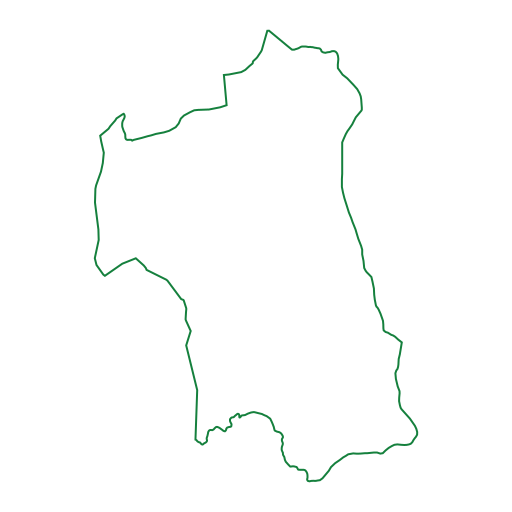 the district of Kota Kotamobagu, Sulawesi Utara, Indonesia
{"feature_id": "22746128B93986330379000", "entity_name": "Kota Kotamobagu", "entity_type": "district", "adm_level": 2, "iso_a3": "IDN", "parent_name": "Indonesia", "parent_adm1": "Sulawesi Utara", "projection": "equal_earth", "projection_center": [124.319, 0.711], "detail": "fine", "context": "isolated", "style": "outline", "palette": "green", "viewbox_px": 512, "rotation_deg": 0, "n_neighbors": 0, "source": "geoboundaries", "source_scale": "gbopen_adm2", "svg_char_len": 6012}
<svg xmlns="http://www.w3.org/2000/svg" viewBox="0 0 512 512"><path d="M319.9,480.2L322.5,478.3L328.8,470.8L331.0,467.1L335.1,463.2L339.8,460.0L343.3,457.3L345.8,455.9L348.2,454.3L353.2,453.4L357.1,453.7L360.2,453.6L365.0,453.2L367.2,453.2L374.2,452.5L377.0,452.5L380.3,453.6L382.8,453.2L385.5,450.5L388.7,447.9L391.9,446.0L394.4,444.8L397.3,444.4L401.2,444.8L404.3,445.0L406.4,444.9L408.7,444.5L410.7,443.8L412.3,442.2L413.5,440.0L414.7,438.3L416.0,436.7L417.1,434.7L417.2,432.0L416.3,428.8L414.9,425.8L409.9,418.6L401.5,409.2L400.6,407.7L399.9,405.2L399.1,401.2L399.2,397.6L399.6,393.3L399.5,391.1L397.7,386.4L395.9,378.9L395.4,373.2L396.3,370.5L397.5,368.9L398.1,366.7L398.4,364.6L398.7,359.0L399.8,354.5L401.8,342.4L398.1,339.5L395.2,336.8L393.2,335.5L391.2,334.8L387.9,332.7L385.6,332.0L383.7,330.4L383.4,328.4L383.3,324.4L383.0,320.9L382.3,318.8L380.5,313.7L378.7,309.7L377.8,308.1L377.0,307.1L376.5,306.7L375.9,305.3L374.8,299.7L374.2,294.8L373.9,288.5L372.5,281.7L371.4,277.0L368.9,274.4L366.7,272.2L365.6,270.7L364.2,268.0L363.5,260.9L362.2,254.5L362.2,249.7L361.1,245.9L358.3,238.8L356.7,233.5L355.5,229.4L352.5,221.9L351.1,217.8L348.9,212.5L346.9,206.1L344.4,198.2L343.0,192.6L341.9,187.0L341.9,179.1L342.2,173.9L342.2,142.4L343.8,138.6L345.8,134.1L347.5,131.1L349.4,128.5L352.2,124.4L353.9,121.0L355.8,117.3L361.5,110.5L361.8,109.6L361.8,107.5L361.6,105.0L361.2,99.4L360.7,96.3L359.6,93.4L357.2,89.1L353.4,84.8L347.2,78.3L342.6,74.7L337.9,68.2L337.8,64.8L338.3,59.7L338.3,58.6L338.0,56.0L337.2,53.6L336.5,52.6L335.6,51.7L334.4,51.2L333.1,51.1L331.5,51.3L330.8,51.7L329.3,52.1L328.0,52.2L326.5,52.5L325.5,52.8L324.8,52.7L323.2,52.4L322.3,51.9L321.6,51.4L321.3,50.6L321.0,49.8L320.3,49.0L319.7,48.5L318.9,48.3L317.0,48.1L316.2,47.9L315.5,47.8L314.7,47.7L313.6,47.4L312.2,47.1L311.3,47.1L310.2,46.9L308.9,47.0L308.3,47.0L306.2,46.6L305.0,46.5L302.2,46.5L301.0,46.8L298.5,48.2L297.2,48.7L295.5,49.2L294.5,49.6L293.8,49.7L292.2,49.7L291.9,49.6L287.0,45.6L269.0,30.7L267.3,30.8L261.8,50.1L261.1,51.5L257.2,57.3L256.1,58.5L253.7,60.7L253.2,61.2L252.9,61.8L252.8,62.4L252.8,63.0L252.6,63.4L252.3,63.7L249.5,66.0L245.3,69.9L241.2,72.1L228.9,74.5L223.9,75.0L226.6,105.2L220.2,107.3L209.0,109.5L198.1,109.9L194.2,110.3L190.1,112.2L184.0,115.5L180.8,118.6L178.7,123.5L175.7,127.2L169.2,130.8L163.9,132.4L156.0,133.9L151.1,135.4L147.7,136.2L141.8,137.9L133.7,139.9L132.2,140.6L132.0,140.3L131.6,140.0L130.9,139.8L130.3,139.8L129.6,139.8L128.9,139.8L127.5,139.9L126.8,139.7L126.5,139.6L126.0,139.2L125.7,138.7L125.4,138.0L125.4,137.5L125.3,136.3L125.3,135.2L125.2,134.3L124.8,133.1L123.8,131.2L123.4,130.1L122.4,127.2L122.3,126.7L122.2,126.0L122.2,125.1L122.2,124.4L122.2,123.5L122.4,122.3L122.7,121.2L122.9,120.8L123.9,118.9L124.4,117.8L124.7,116.6L124.6,115.6L124.3,114.7L123.8,113.9L123.7,113.8L122.6,114.3L116.5,118.4L115.2,120.5L110.3,126.1L108.5,128.8L100.2,135.7L101.2,141.4L102.6,147.6L103.8,152.7L102.8,163.1L101.0,171.6L96.1,185.4L95.4,188.8L95.0,202.6L98.4,229.5L98.7,240.0L94.8,258.2L96.5,265.0L103.3,274.6L104.9,275.8L122.3,263.7L135.8,258.3L143.8,265.5L145.8,268.0L146.6,269.9L166.3,279.7L167.5,280.7L181.2,299.1L183.3,299.9L183.6,300.2L183.8,300.6L186.2,308.1L186.3,309.0L186.0,312.3L185.6,319.3L185.9,320.4L190.7,331.0L186.2,345.4L197.2,390.1L195.5,438.7L195.5,439.6L195.8,439.7L196.1,439.9L196.4,440.1L196.7,440.4L197.2,441.1L197.6,441.5L198.7,442.1L199.1,442.3L199.8,442.4L200.1,442.6L200.6,443.2L201.3,444.0L201.6,444.2L201.9,444.4L202.2,444.5L202.6,444.5L202.9,444.4L203.3,444.1L203.8,443.6L204.0,443.4L205.2,442.8L206.0,442.3L206.4,441.9L206.7,441.5L206.9,441.1L207.0,440.8L207.0,440.3L206.7,438.9L206.7,438.3L206.8,437.8L206.9,437.3L207.1,436.9L207.4,436.0L207.7,434.7L208.0,433.4L208.1,432.5L208.4,431.6L209.0,430.7L209.5,430.3L209.9,430.1L210.4,430.0L211.3,430.0L211.7,430.1L212.4,430.1L213.0,429.8L213.8,429.3L214.4,428.5L215.6,427.4L216.2,427.0L216.8,426.9L217.6,427.0L218.4,427.4L218.7,427.5L219.5,427.9L219.9,428.2L222.4,430.0L223.2,430.7L224.0,431.1L224.9,431.3L225.5,430.8L225.9,430.2L226.2,429.6L226.3,428.7L226.6,428.3L227.2,427.6L228.3,427.2L229.1,427.0L229.8,426.9L230.5,426.8L231.2,426.4L231.4,425.4L231.5,424.9L231.5,424.5L231.4,423.9L231.0,423.2L230.4,422.1L230.0,420.9L230.0,420.3L230.0,419.8L230.0,419.4L230.3,418.8L230.7,418.4L231.1,417.9L231.7,417.5L232.2,417.4L233.1,417.3L233.7,417.1L234.2,416.7L234.9,415.9L236.2,414.9L237.1,414.1L237.5,413.9L237.9,413.8L238.3,413.9L238.6,414.0L238.9,414.3L239.1,414.6L239.2,415.1L239.3,415.6L239.3,417.0L239.5,417.4L239.8,417.5L240.0,417.4L240.4,417.1L241.2,416.0L241.6,415.6L241.9,415.5L242.3,415.4L244.8,415.1L245.4,414.9L247.7,413.7L249.9,412.9L251.1,412.5L253.5,412.1L254.6,412.2L259.0,413.3L261.9,414.0L262.5,414.3L263.9,415.0L264.8,415.4L266.6,416.1L269.8,418.4L270.2,418.7L270.4,419.1L271.1,420.5L271.8,422.0L272.4,423.4L272.7,424.1L272.9,424.6L273.8,427.0L274.0,428.0L274.3,429.1L274.4,429.6L274.7,430.4L275.0,430.7L276.9,431.6L277.7,431.8L278.6,432.0L279.0,432.1L279.5,432.3L280.4,432.8L280.8,433.2L281.3,433.6L281.5,433.9L282.4,435.3L282.7,435.9L282.9,436.6L282.9,437.1L282.9,437.4L282.7,437.8L282.3,438.4L282.0,439.0L281.9,439.3L281.9,439.6L281.9,439.9L281.9,440.6L282.0,441.0L282.2,441.5L282.6,442.5L282.7,442.8L282.8,443.4L282.8,444.1L282.7,444.5L282.5,445.2L282.1,446.2L281.9,446.8L281.9,447.1L281.7,447.9L281.7,449.1L281.7,449.6L281.7,449.9L281.8,450.3L282.0,450.8L282.7,452.4L282.9,452.8L282.9,453.1L283.0,454.5L283.1,454.9L283.2,455.1L284.3,457.0L284.5,457.9L284.9,459.8L285.3,460.7L285.7,461.6L285.9,461.9L287.5,463.7L288.4,464.7L289.3,465.6L290.0,466.4L290.2,466.5L290.7,466.6L292.5,466.3L293.3,466.3L293.7,466.3L296.5,467.0L296.9,467.4L297.1,467.7L297.8,469.0L298.1,469.5L298.6,469.7L300.1,469.8L303.7,469.8L304.5,470.0L304.8,470.1L305.4,470.5L305.9,471.1L306.6,472.1L306.9,472.8L307.2,473.5L307.4,474.5L307.5,475.8L307.5,476.6L307.5,477.5L307.4,478.2L307.1,479.2L307.4,480.3L307.9,480.9L309.4,481.3L311.4,480.9L313.2,480.8L315.7,480.9L317.7,480.5L319.9,480.2Z" fill="none" stroke="#15803d" stroke-width="2"/></svg>